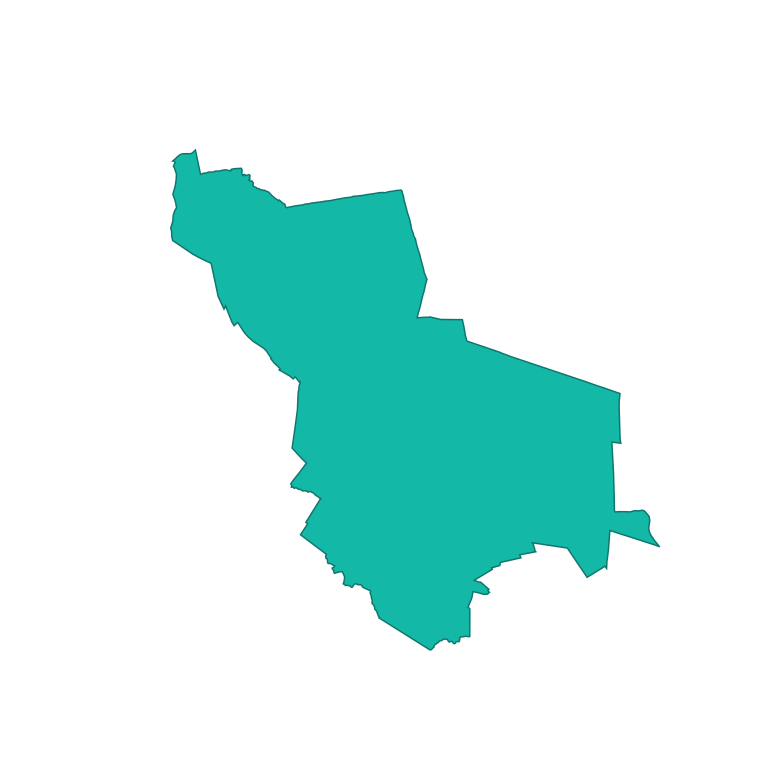 the district of Costeiu, Timis, Romania, rotated 227°
{"feature_id": "2599482B27087775210367", "entity_name": "Costeiu", "entity_type": "district", "adm_level": 2, "iso_a3": "ROU", "parent_name": "Romania", "parent_adm1": "Timis", "projection": "robinson", "projection_center": [21.905, 45.75], "detail": "fine", "context": "isolated", "style": "filled", "palette": "teal", "viewbox_px": 768, "rotation_deg": 227, "n_neighbors": 0, "source": "geoboundaries", "source_scale": "gbopen_adm2", "svg_char_len": 6160}
<svg xmlns="http://www.w3.org/2000/svg" viewBox="0 0 768 768"><g transform="rotate(227 384 384)"><path d="M216.1,550.1L221.5,547.2L232.2,541.6L236.8,539.0L249.6,532.3L318.0,495.2L321.8,493.4L326.3,491.1L327.9,490.5L358.8,473.9L363.8,476.5L370.6,481.0L377.6,485.2L392.5,469.5L401.3,463.6L402.3,462.7L402.5,461.9L403.7,460.8L407.5,456.3L409.8,453.3L413.1,458.3L413.9,460.0L422.8,473.5L424.2,476.1L428.2,481.8L430.5,485.6L431.3,486.5L431.2,486.7L438.0,489.4L441.1,491.3L450.1,496.0L452.9,497.7L456.5,499.5L457.8,500.0L463.2,502.7L467.6,505.2L468.8,506.1L469.6,506.1L471.6,506.6L474.3,508.1L478.4,509.8L481.2,511.5L482.0,512.3L482.6,512.4L486.6,514.8L489.6,516.2L491.5,517.2L492.5,517.5L496.8,519.9L504.9,524.2L507.5,525.8L508.0,526.3L511.5,527.9L512.5,528.7L514.3,528.7L514.8,527.9L517.4,524.6L517.9,523.6L521.1,519.1L523.0,515.7L524.0,514.2L524.4,514.2L524.9,513.7L525.3,513.1L526.5,511.9L532.0,503.7L535.0,499.5L535.7,498.1L540.8,491.2L541.9,490.0L542.4,489.2L542.6,488.5L542.9,487.7L545.2,484.4L545.8,483.8L547.2,481.8L549.6,477.9L551.0,475.9L555.0,469.4L557.9,465.6L559.8,462.6L565.6,454.6L567.2,451.7L568.9,449.7L569.9,447.9L570.3,446.9L575.5,439.5L576.1,438.3L578.4,434.8L579.1,433.4L579.6,432.8L580.3,432.8L582.2,433.5L582.9,434.0L583.5,434.1L583.7,433.8L585.2,433.3L590.0,432.9L590.2,432.5L590.2,431.6L591.3,431.7L594.8,430.9L597.4,430.6L602.9,430.5L604.2,430.0L605.6,429.2L606.9,429.0L607.0,428.9L607.4,428.1L609.0,427.4L609.4,427.0L609.7,426.3L609.9,426.1L611.7,426.0L612.2,425.9L612.7,425.0L614.2,424.5L614.5,424.6L615.0,424.5L616.7,423.6L617.8,423.4L618.0,423.7L619.0,423.8L619.3,424.0L619.3,424.7L620.0,425.5L622.8,425.8L622.9,425.4L623.3,424.8L624.6,424.3L625.3,424.2L625.5,424.4L625.5,424.7L625.3,425.8L626.5,426.1L627.1,427.4L627.6,428.0L629.0,428.3L629.2,428.1L630.0,426.2L630.7,425.1L631.1,425.0L631.6,425.2L631.8,424.9L632.3,424.8L632.9,424.1L632.9,423.9L632.4,423.2L632.7,423.1L633.7,423.1L634.8,423.6L635.8,424.4L636.5,424.8L636.5,425.6L638.9,426.8L640.3,425.4L641.4,423.8L642.4,422.9L642.5,422.5L643.4,421.6L644.3,420.2L645.2,418.5L645.0,418.1L644.3,417.2L647.7,415.0L649.0,413.8L650.9,411.0L652.1,408.7L654.3,406.3L655.1,404.9L655.3,404.1L655.9,403.2L656.7,402.2L658.0,401.1L658.5,400.4L660.3,396.5L661.0,396.3L662.5,392.8L682.5,404.9L683.7,405.6L683.7,401.5L684.0,400.4L684.6,399.3L687.9,395.8L689.9,393.4L690.8,391.4L691.1,388.0L691.0,386.4L691.1,381.6L690.4,382.3L689.6,382.5L688.6,382.4L688.3,382.2L688.0,381.2L686.9,378.5L684.6,378.0L682.8,377.2L682.3,376.8L679.8,375.8L678.5,374.8L675.3,371.5L671.3,366.5L666.8,359.1L666.4,358.8L660.9,356.5L658.1,354.9L654.4,352.5L653.6,349.5L651.4,345.3L649.9,343.5L647.3,340.9L643.5,334.4L640.3,332.6L636.7,329.4L633.0,327.3L609.5,332.7L602.3,335.1L595.9,337.5L590.2,339.9L560.9,322.3L547.9,318.1L549.1,321.4L541.5,318.3L533.0,315.0L528.9,314.1L528.7,319.0L516.6,316.9L510.8,316.8L505.3,317.3L501.9,318.0L492.2,320.4L488.4,320.5L479.6,319.1L479.6,318.4L476.0,318.2L474.1,317.9L472.9,318.2L471.8,318.1L469.6,318.4L465.8,318.4L465.8,316.9L454.3,320.5L449.6,321.1L449.8,324.0L443.4,323.4L443.1,324.2L441.6,322.9L441.1,321.7L440.4,320.5L438.8,318.8L436.7,316.0L434.8,313.9L424.2,303.1L411.8,288.0L399.8,273.1L385.0,273.0L379.0,273.3L376.9,261.6L375.5,252.1L374.5,247.6L373.7,247.6L373.1,247.5L372.5,247.0L371.9,245.9L371.6,245.9L371.3,246.2L370.9,247.2L370.4,247.4L370.0,247.4L369.1,247.1L368.8,247.3L368.7,248.1L368.0,249.0L364.9,249.8L364.0,251.0L363.1,251.3L361.8,251.3L360.6,252.4L359.7,253.5L358.3,254.5L356.9,254.6L356.3,255.9L355.5,256.9L354.1,257.3L352.2,258.1L350.9,258.2L349.4,258.0L346.9,258.8L344.4,259.1L343.2,259.6L343.2,258.8L336.1,232.5L333.8,232.9L330.7,220.1L298.8,225.7L298.2,224.5L297.6,223.7L296.9,223.2L295.9,222.6L295.5,222.9L295.0,223.1L294.6,223.1L293.8,222.6L292.3,221.2L291.2,220.8L290.7,220.8L289.5,222.2L288.4,222.7L287.0,222.9L286.2,223.4L284.7,223.9L284.3,223.4L284.3,222.6L284.7,220.8L284.7,220.5L284.0,220.1L282.2,220.0L281.6,219.8L281.0,219.3L279.4,218.6L276.8,223.7L275.0,225.5L269.8,223.7L268.0,221.6L266.4,219.4L265.7,217.9L265.3,217.9L264.7,218.4L264.2,218.5L263.1,218.3L262.7,218.7L262.3,219.6L261.2,220.1L260.1,221.1L259.5,221.3L257.6,221.5L257.2,221.9L257.0,222.4L257.8,225.4L257.3,226.8L256.8,227.5L255.4,227.8L254.6,228.3L253.7,229.6L253.2,230.0L250.7,230.2L250.1,229.9L249.4,230.0L248.7,230.3L247.6,230.6L246.4,231.3L245.4,231.7L244.5,231.9L242.5,233.1L241.8,233.0L241.1,231.9L240.6,231.4L238.7,230.5L237.4,230.1L236.2,228.9L234.1,228.1L231.9,225.8L231.3,225.6L229.4,225.7L227.6,225.1L225.5,223.7L224.7,223.6L223.4,223.8L222.6,223.7L221.8,223.2L220.6,222.6L219.2,222.2L218.4,221.6L217.6,221.8L216.7,221.8L216.4,220.8L158.1,236.3L157.8,236.6L157.4,237.8L157.6,239.1L157.5,240.9L157.8,241.6L158.6,242.1L158.7,242.5L158.4,244.1L158.4,245.6L158.0,246.8L158.1,248.3L158.1,249.3L158.0,249.8L157.1,251.0L157.0,252.2L156.9,253.2L156.6,253.7L155.4,255.1L153.9,256.1L153.3,256.1L151.9,255.5L151.1,255.6L150.8,255.8L150.4,256.5L150.1,257.5L149.7,257.9L148.8,258.2L147.7,258.0L146.7,258.0L146.2,258.2L146.0,258.5L145.8,259.6L146.2,260.9L146.1,261.3L145.5,262.1L144.4,263.0L145.0,264.7L146.0,265.4L146.5,266.0L146.5,267.2L146.2,268.6L146.0,268.8L145.2,269.4L144.5,270.4L144.2,271.3L143.7,271.9L141.6,273.4L140.8,274.5L161.0,293.4L163.6,293.4L167.4,302.0L171.4,307.5L169.5,308.9L166.0,311.3L162.5,313.2L161.4,314.4L159.7,316.5L159.7,319.1L161.0,318.9L162.1,319.1L162.3,320.7L173.0,319.6L174.5,318.3L178.3,316.3L178.9,316.1L174.6,336.9L176.2,337.3L172.3,344.8L172.6,345.6L173.8,346.8L174.1,347.5L163.5,365.6L166.6,366.8L157.8,380.6L158.3,380.7L159.5,380.8L161.0,382.0L162.4,382.5L164.9,383.9L166.6,384.3L139.0,406.2L104.1,400.7L100.1,420.7L100.1,421.3L97.3,421.0L103.2,427.1L103.5,427.7L110.0,435.4L121.9,448.3L122.9,449.2L79.8,473.3L79.3,473.3L78.3,474.0L76.9,474.6L84.0,475.0L91.0,476.0L93.4,476.7L96.2,478.0L97.9,479.3L99.8,481.3L102.0,484.3L103.6,485.8L106.5,487.6L111.8,487.9L113.6,487.8L115.0,487.2L115.8,486.5L117.4,483.9L120.6,480.7L121.9,478.0L122.7,476.7L127.0,472.4L130.9,468.2L132.6,465.9L134.0,466.0L147.2,477.8L161.6,490.5L186.1,511.0L179.2,516.8L182.7,519.1L207.1,540.5L210.6,543.9L216.1,550.1Z" fill="#14b8a6" stroke="#0f766e" stroke-width="1.5"/></g></svg>